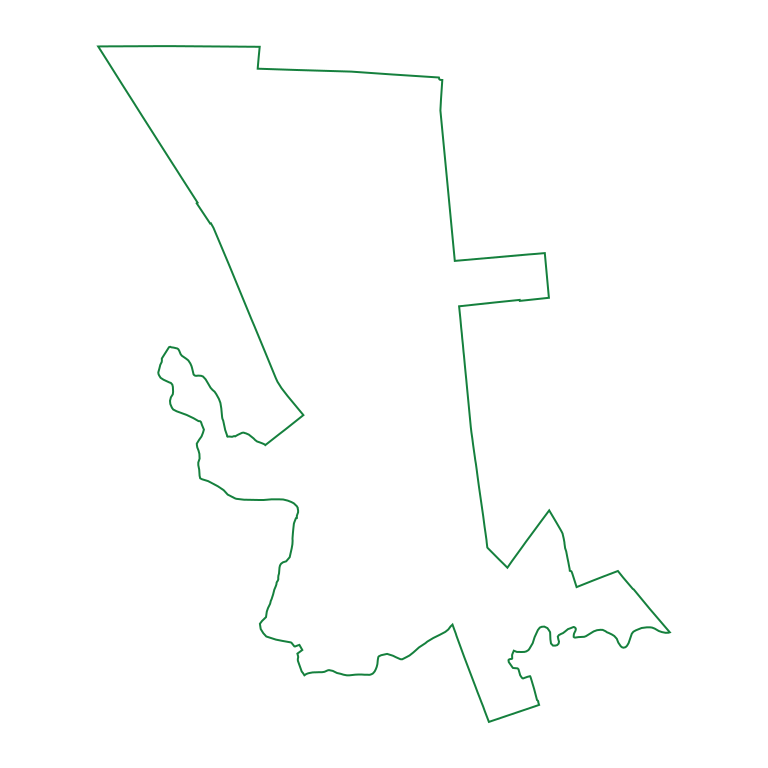 outline of Tandarei, Ialomita, Romania
{"feature_id": "2599482B96283666408725", "entity_name": "Tandarei", "entity_type": "district", "adm_level": 2, "iso_a3": "ROU", "parent_name": "Romania", "parent_adm1": "Ialomita", "projection": "natural_earth1", "projection_center": [27.631, 44.699], "detail": "fine", "context": "isolated", "style": "outline", "palette": "green", "viewbox_px": 768, "rotation_deg": 0, "n_neighbors": 0, "source": "geoboundaries", "source_scale": "gbopen_adm2", "svg_char_len": 6104}
<svg xmlns="http://www.w3.org/2000/svg" viewBox="0 0 768 768"><path d="M488.9,721.9L537.1,705.6L539.1,704.9L538.3,702.4L538.3,701.8L537.9,700.7L537.0,700.0L534.1,688.9L531.3,679.5L530.8,677.9L530.3,676.5L530.1,676.2L529.9,676.2L528.4,676.6L527.2,676.9L526.5,677.2L525.0,677.7L523.2,678.4L522.5,678.3L521.7,677.5L520.2,675.3L518.5,669.3L517.6,668.4L516.9,668.3L514.3,668.1L512.9,667.9L512.5,667.4L509.5,663.1L508.8,662.1L508.5,660.4L508.7,659.7L510.0,659.1L511.8,658.9L512.2,658.4L512.1,655.2L512.3,654.3L513.8,650.7L516.8,651.9L521.6,652.0L524.4,651.9L526.3,651.4L528.4,650.1L529.4,648.8L532.7,643.2L534.6,637.2L537.9,630.0L539.8,627.6L541.7,626.8L544.3,626.6L547.4,628.1L549.1,630.5L550.1,632.2L550.2,634.1L550.4,639.3L551.0,643.5L553.0,645.6L555.3,645.6L557.2,645.1L558.6,643.6L559.0,641.6L558.4,639.6L557.8,636.6L558.9,635.1L561.1,633.9L563.0,633.1L564.7,631.8L568.0,629.1L570.3,628.3L573.5,627.0L574.4,627.2L575.2,627.8L575.7,628.4L575.8,629.2L575.5,630.7L574.8,632.0L574.1,633.5L573.8,634.7L573.7,635.8L573.7,636.9L574.3,637.4L575.1,637.6L578.5,637.1L584.2,636.8L585.9,636.2L593.7,631.4L597.0,630.2L600.5,629.8L602.7,629.9L605.5,631.2L607.0,632.3L608.6,632.9L611.9,634.5L614.3,636.0L616.8,638.8L618.3,642.6L620.8,646.3L622.1,647.3L623.5,647.7L625.5,647.2L627.0,645.8L628.6,643.1L631.8,633.7L633.4,631.7L635.9,630.3L641.6,628.0L647.1,627.3L649.9,627.3L652.1,627.6L654.7,628.6L658.8,631.0L662.0,632.1L665.6,632.8L668.5,632.7L669.8,632.3L649.6,608.7L633.7,589.4L632.8,588.9L623.1,577.5L617.9,571.0L604.2,576.2L592.9,580.6L576.6,587.1L575.4,583.3L572.3,573.5L571.5,571.5L571.0,571.1L569.8,570.8L569.6,568.8L569.1,566.3L568.3,562.0L567.5,558.2L567.0,555.6L566.2,551.4L565.8,550.2L565.1,548.1L564.8,545.8L564.5,543.7L564.4,542.3L563.7,538.5L562.7,534.2L562.6,533.6L561.6,531.6L560.5,529.6L556.2,522.2L549.2,510.4L541.0,521.4L534.3,530.5L526.0,541.7L522.5,546.6L518.3,552.4L511.9,561.2L507.4,567.7L504.1,564.4L499.3,559.7L487.6,547.9L487.3,547.4L486.7,542.4L486.5,540.2L485.5,533.0L484.6,526.9L483.9,521.5L483.2,516.1L478.9,486.3L477.3,474.4L476.7,469.7L475.9,463.9L475.2,459.7L474.9,457.4L474.3,453.2L473.1,444.7L472.4,439.1L471.4,432.2L470.8,427.1L468.7,405.1L467.3,390.6L466.7,384.3L466.3,380.0L465.5,372.0L464.8,364.8L464.0,356.1L463.5,351.5L462.9,344.7L462.2,338.1L461.8,333.4L461.2,327.9L460.4,319.0L460.2,317.0L459.1,306.3L494.5,302.5L519.7,299.9L519.8,300.9L548.9,297.8L544.8,253.1L535.7,253.9L529.0,254.4L454.8,260.9L447.7,186.5L440.4,110.5L441.0,99.3L442.3,80.0L440.7,79.9L439.7,79.6L439.3,79.2L438.9,77.5L394.3,74.6L394.1,74.6L351.1,71.6L350.9,71.6L296.8,70.0L290.8,69.8L257.8,68.7L257.7,68.7L257.8,67.3L258.7,57.0L259.7,46.8L167.7,46.1L101.2,46.4L98.2,46.5L106.9,60.2L122.2,84.5L134.1,103.2L135.6,105.6L142.1,115.9L157.4,139.9L172.6,163.7L175.9,168.8L180.4,175.9L197.6,202.7L196.7,203.3L210.2,223.6L210.9,223.3L212.4,225.9L213.5,227.9L229.2,265.2L251.6,319.6L254.9,327.3L255.0,327.6L264.8,351.3L275.8,378.1L277.5,381.8L279.6,385.1L281.4,388.0L287.5,395.9L303.4,415.1L284.9,429.8L279.3,434.1L265.3,445.1L264.8,444.5L262.4,443.4L259.5,442.3L257.1,441.5L255.1,440.0L253.7,438.5L248.8,434.6L245.8,433.3L244.5,433.0L243.9,432.7L242.8,432.7L241.9,432.9L237.7,434.9L235.1,436.4L234.6,436.1L234.1,436.1L232.1,436.8L228.9,436.5L227.6,436.7L227.2,436.4L227.0,435.2L225.2,430.0L224.2,425.3L223.2,420.6L222.4,418.7L222.1,417.0L221.3,408.4L220.4,402.9L218.9,398.9L216.3,394.2L214.6,391.7L212.5,389.9L210.6,387.8L207.8,383.0L205.6,379.3L203.0,376.5L201.1,375.8L198.1,375.6L196.8,375.8L195.9,375.8L194.9,375.6L194.1,375.0L193.6,374.5L192.1,368.2L191.5,366.1L190.3,363.4L188.3,360.4L186.3,358.8L181.8,355.7L180.6,354.1L179.2,350.7L178.3,349.2L177.3,348.5L173.6,347.6L171.3,347.3L170.2,346.8L169.0,347.2L161.9,358.4L161.8,358.7L161.9,360.3L161.7,362.0L160.3,364.8L159.3,368.8L158.3,372.4L158.5,374.0L159.1,375.4L160.6,377.8L163.5,379.7L169.5,382.5L170.8,382.9L172.3,384.6L172.9,387.0L172.9,387.7L173.1,391.7L172.8,394.3L170.9,397.3L170.0,400.8L170.3,404.0L171.9,407.7L173.2,409.5L176.7,411.3L186.8,415.0L193.5,418.2L198.5,421.1L200.0,421.2L200.8,421.8L201.3,422.9L201.9,424.8L203.9,429.6L203.0,432.7L201.5,436.5L199.2,439.7L196.8,443.6L196.9,445.2L197.3,447.5L198.5,450.5L199.4,453.9L199.6,458.6L198.3,462.5L198.3,465.1L199.2,469.7L199.6,475.8L200.2,478.3L201.9,479.2L208.1,481.1L217.9,486.3L223.7,490.2L227.7,494.6L235.1,498.4L236.3,498.8L243.9,499.7L259.3,500.0L263.6,500.0L271.9,499.3L278.3,499.3L283.2,499.5L287.7,500.6L291.3,502.0L293.8,503.3L296.9,506.3L297.8,508.0L297.7,508.4L298.1,510.4L298.1,512.3L297.4,514.2L296.8,516.0L296.9,517.2L296.8,518.1L295.9,518.2L294.4,522.1L293.9,523.6L293.7,525.4L293.3,529.0L292.9,533.2L292.5,538.5L292.6,540.9L292.4,544.3L291.7,548.3L289.7,557.2L286.2,561.3L283.0,562.3L281.1,563.7L280.8,564.1L280.0,565.5L279.5,567.6L279.0,573.6L278.4,575.7L278.2,578.1L278.3,578.6L278.3,579.2L277.8,580.7L277.1,581.6L276.6,582.7L276.4,584.4L275.7,586.4L274.3,589.7L273.1,594.5L271.6,599.1L270.8,600.9L270.1,603.8L268.0,608.1L266.8,611.6L266.0,617.1L262.0,621.0L259.9,623.8L260.7,629.0L263.3,633.2L266.3,636.5L275.9,639.6L282.4,640.9L290.8,642.4L291.5,642.8L294.3,646.3L295.0,646.5L297.3,645.6L299.4,644.9L302.3,650.0L297.4,653.6L298.1,656.3L298.2,657.3L298.0,658.0L297.8,659.2L297.9,660.8L301.7,671.5L303.0,673.1L304.4,675.3L306.3,674.0L308.2,673.3L310.0,672.9L312.8,672.4L316.3,672.3L319.1,672.2L322.0,672.2L324.5,671.8L327.6,670.4L329.0,670.1L332.8,670.9L337.0,673.0L340.6,673.8L343.5,674.7L346.7,675.3L349.6,675.3L355.0,674.7L358.8,674.5L361.2,674.5L364.1,674.7L369.8,674.8L371.6,674.2L373.0,673.4L374.7,671.4L375.8,669.2L376.7,666.9L377.4,664.1L377.8,659.9L378.3,657.1L378.9,656.3L381.2,655.2L387.1,653.9L391.9,655.4L393.1,655.8L395.9,657.2L400.4,659.2L402.1,659.3L403.4,658.7L406.5,657.1L409.5,655.5L413.3,652.5L415.9,650.2L419.0,647.4L422.5,645.1L425.4,643.2L427.3,641.6L433.3,638.0L439.8,634.8L445.3,631.9L448.3,629.5L450.6,626.4L451.9,625.2L452.5,624.6L454.3,629.6L455.8,633.6L456.5,635.9L464.1,656.7L470.9,674.6L473.9,682.5L475.5,686.7L477.5,692.1L479.7,697.7L481.3,701.9L483.1,706.4L484.7,710.9L486.6,715.9L488.9,721.9Z" fill="none" stroke="#15803d" stroke-width="2"/></svg>